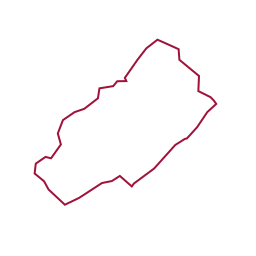 Page, Virginia, United States of America, rotated 199°
{"feature_id": "52423323B75705983490495", "entity_name": "Page", "entity_type": "district", "adm_level": 2, "iso_a3": "USA", "parent_name": "United States of America", "parent_adm1": "Virginia", "projection": "natural_earth1", "projection_center": [-78.471, 38.622], "detail": "fine", "context": "isolated", "style": "outline", "palette": "rose", "viewbox_px": 256, "rotation_deg": 199, "n_neighbors": 0, "source": "geoboundaries", "source_scale": "gbopen_adm2", "svg_char_len": 631}
<svg xmlns="http://www.w3.org/2000/svg" viewBox="0 0 256 256"><g transform="rotate(199 128 128)"><path d="M203.6,64.3L201.5,54.6L190.0,50.3L183.1,44.0L162.7,34.9L151.4,46.1L134.7,67.5L126.0,72.6L120.1,80.0L105.4,74.0L104.3,77.5L90.1,98.2L77.8,127.3L70.8,136.1L68.9,137.3L62.9,151.3L58.2,168.9L52.4,179.5L55.8,181.9L59.9,184.0L73.5,185.8L77.8,200.3L101.6,209.2L105.8,219.0L128.9,221.1L136.6,209.3L141.1,196.1L147.3,174.4L144.9,171.8L153.4,168.7L155.6,162.8L167.9,156.2L166.1,146.3L175.6,131.9L183.7,125.6L192.1,114.3L192.6,100.0L186.1,90.6L190.9,74.3L196.6,73.8L203.6,64.3Z" fill="none" stroke="#9f1239" stroke-width="2"/></g></svg>